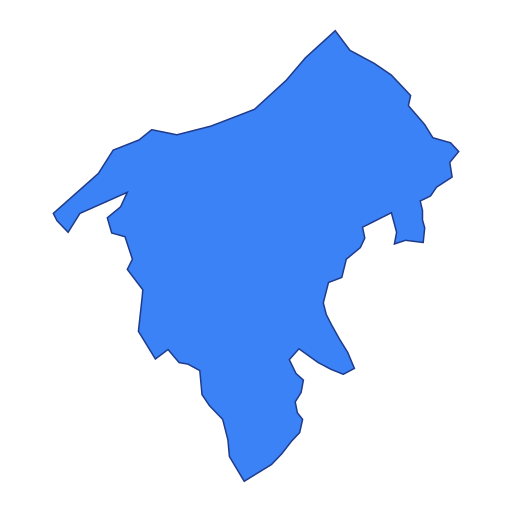 the district of Pentageia, Cyprus
{"feature_id": "46923920B34029116615265", "entity_name": "Pentageia", "entity_type": "district", "adm_level": 2, "iso_a3": "CYP", "parent_name": "Cyprus", "parent_adm1": "", "projection": "robinson", "projection_center": [32.885, 35.147], "detail": "fine", "context": "isolated", "style": "filled", "palette": "blue", "viewbox_px": 512, "rotation_deg": 0, "n_neighbors": 0, "source": "geoboundaries", "source_scale": "gbopen_adm2", "svg_char_len": 1152}
<svg xmlns="http://www.w3.org/2000/svg" viewBox="0 0 512 512"><path d="M179.1,362.6L187.9,364.1L199.8,370.6L202.0,394.6L209.4,405.6L222.7,419.4L227.9,439.8L229.4,456.5L244.2,481.3L256.0,474.0L271.5,464.5L281.9,453.6L291.5,441.2L299.7,432.5L302.6,419.4L297.4,412.8L295.2,401.9L301.1,392.5L303.4,380.1L296.0,373.5L289.3,359.7L298.9,348.8L318.2,362.6L330.7,369.2L343.3,374.3L354.4,368.4L347.7,352.4L339.6,339.3L331.5,324.8L326.3,314.6L323.3,302.9L328.5,282.5L341.8,277.4L346.3,259.2L360.3,247.6L364.8,238.1L362.5,227.2L391.4,212.7L396.6,232.3L394.4,244.0L405.5,240.3L423.2,242.5L424.7,227.9L422.5,219.9L422.5,210.5L420.2,201.0L430.6,195.9L436.5,187.2L452.1,177.0L449.8,162.4L458.7,151.5L450.6,142.8L432.8,137.7L424.7,124.6L408.4,105.7L410.6,95.5L391.4,75.1L374.4,63.5L350.0,50.4L335.2,30.7L305.6,57.6L286.3,80.2L254.5,109.3L210.9,126.1L176.8,134.8L151.7,129.7L139.1,139.9L113.2,150.1L98.4,173.4L53.3,213.4L57.0,220.7L68.1,232.3L79.9,213.4L127.3,192.3L120.6,206.8L107.3,217.8L111.7,233.0L125.0,236.7L132.4,259.2L127.3,269.4L142.8,289.8L142.1,297.8L138.4,331.3L155.4,359.0L168.0,349.5L179.1,362.6Z" fill="#3b82f6" stroke="#1e3a8a" stroke-width="1.5"/></svg>